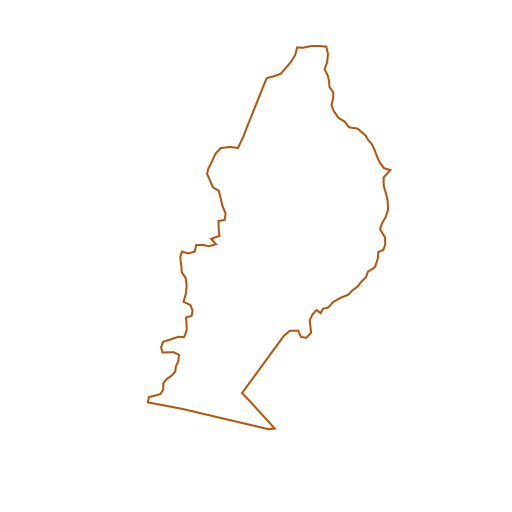 Campo do Brito, Sergipe, Brazil (Mercator projection), rotated 59°
{"feature_id": "56859067B6192746324421", "entity_name": "Campo do Brito", "entity_type": "district", "adm_level": 2, "iso_a3": "BRA", "parent_name": "Brazil", "parent_adm1": "Sergipe", "projection": "mercator", "projection_center": [-37.503, -10.782], "detail": "fine", "context": "isolated", "style": "outline", "palette": "amber", "viewbox_px": 512, "rotation_deg": 59, "n_neighbors": 0, "source": "geoboundaries", "source_scale": "gbopen_adm2", "svg_char_len": 1801}
<svg xmlns="http://www.w3.org/2000/svg" viewBox="0 0 512 512"><g transform="rotate(59 256 256)"><path d="M413.6,328.8L376.6,336.2L366.3,338.6L346.2,290.8L338.8,273.2L337.5,265.7L341.6,258.3L348.5,259.1L352.1,255.0L350.0,248.3L343.9,245.4L338.7,243.1L335.1,237.4L333.5,231.9L338.3,230.0L335.7,225.8L337.4,221.0L335.2,213.5L335.4,204.6L336.7,197.2L335.1,190.9L334.5,184.7L332.3,178.9L331.0,172.9L327.1,168.1L326.9,159.9L321.0,153.0L315.6,149.0L316.3,143.7L312.7,139.3L306.5,135.8L301.6,135.9L296.7,135.8L292.9,131.2L289.3,124.6L284.2,118.9L276.4,114.7L269.7,112.5L261.7,110.4L254.5,106.3L251.4,96.6L246.8,101.0L241.8,101.6L236.0,101.5L226.1,99.7L220.4,99.1L215.0,100.0L209.4,100.0L199.1,103.3L193.7,109.9L186.5,110.7L180.3,114.1L171.7,114.7L165.3,113.5L160.7,108.8L155.6,105.5L149.0,106.0L143.7,103.3L138.1,101.5L131.3,101.0L126.5,95.2L120.0,90.3L112.8,87.9L108.2,94.1L104.3,101.0L101.7,108.5L98.4,113.3L103.8,118.8L107.7,126.4L110.4,134.3L112.5,140.8L111.0,148.7L109.0,155.3L142.2,199.1L147.0,205.1L154.1,215.8L149.3,221.9L145.2,230.8L147.5,238.1L153.5,246.8L156.1,251.3L160.4,255.7L166.3,256.3L174.8,257.6L181.1,254.3L187.3,256.2L194.9,258.8L204.0,260.2L208.9,264.4L206.6,270.1L215.0,274.8L219.9,276.9L218.2,285.6L225.3,284.3L223.3,291.3L219.5,295.5L215.8,301.5L220.7,306.4L218.9,312.6L214.1,317.1L217.4,321.0L221.5,323.3L226.3,325.2L231.6,328.0L238.5,327.6L245.4,330.5L252.4,335.7L257.9,341.7L264.3,337.5L270.0,338.5L274.1,341.9L272.7,347.7L277.6,350.1L283.9,353.6L288.5,359.5L285.2,364.3L283.7,371.4L281.7,379.7L285.4,384.4L290.6,385.8L293.7,380.3L296.0,376.2L301.1,372.9L306.2,376.9L309.4,381.6L313.5,384.7L315.0,389.7L315.6,396.5L317.4,401.0L322.7,404.4L325.1,409.1L323.2,415.9L321.7,420.4L325.8,424.1L348.2,398.9L411.0,334.4L413.6,328.8Z" fill="none" stroke="#b45309" stroke-width="2"/></g></svg>